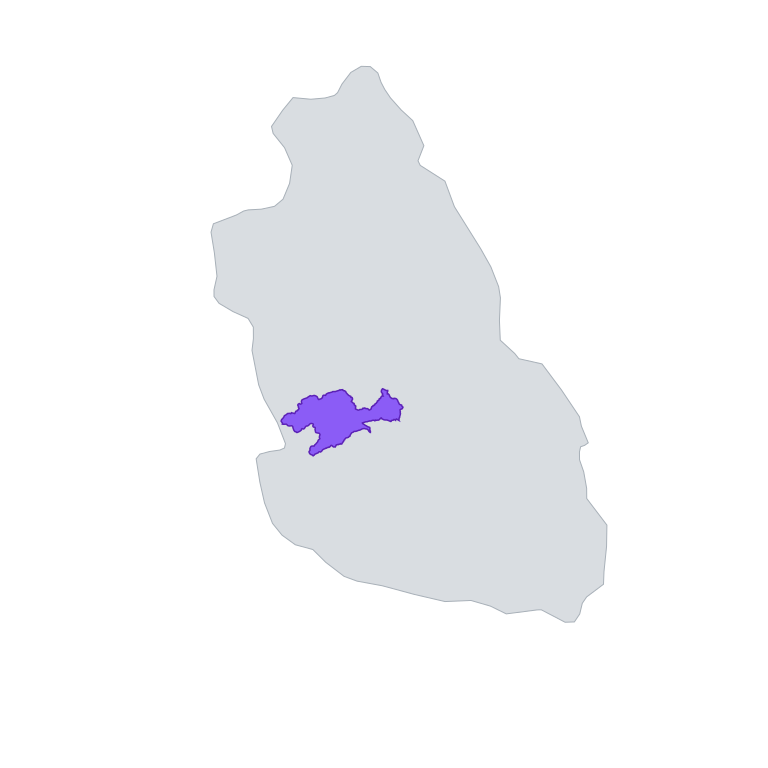 Sephu, Wangdi Phodrang, Bhutan (highlighted), rotated 244°
{"feature_id": "84629894B46369829894621", "entity_name": "Sephu", "entity_type": "district", "adm_level": 2, "iso_a3": "BTN", "parent_name": "Bhutan", "parent_adm1": "Wangdi Phodrang", "projection": "mercator", "projection_center": [90.34, 27.763], "detail": "fine", "context": "in_parent", "style": "filled", "palette": "violet", "viewbox_px": 768, "rotation_deg": 244, "n_neighbors": 0, "source": "geoboundaries", "source_scale": "gbopen_adm2", "svg_char_len": 7382}
<svg xmlns="http://www.w3.org/2000/svg" viewBox="0 0 768 768"><g transform="rotate(244 384 384)"><path d="M601.0,333.7L600.0,338.3L594.9,350.4L591.7,363.5L594.4,374.3L605.7,387.1L620.8,397.4L640.0,398.2L657.8,394.2L664.8,395.8L674.5,413.0L681.3,427.8L672.0,443.1L666.9,456.4L665.1,465.9L666.2,470.0L672.0,477.7L678.6,490.8L679.5,502.8L675.3,510.8L666.2,514.8L656.5,513.6L648.4,513.8L638.4,515.2L622.7,519.6L608.1,525.3L580.7,524.3L569.7,512.4L564.6,512.4L539.6,527.7L512.5,525.0L463.1,530.2L442.4,531.4L421.2,529.7L410.4,526.4L390.5,515.6L372.4,507.7L354.0,514.9L347.6,516.3L332.8,534.8L300.8,540.9L268.9,545.3L259.5,542.9L241.6,541.8L240.9,537.4L241.4,533.2L237.3,529.9L230.1,526.5L217.5,525.0L201.4,520.4L192.2,516.0L159.5,522.5L140.4,512.8L118.8,499.4L107.8,493.5L103.8,472.8L100.0,466.1L91.5,459.1L86.7,450.8L90.5,442.3L112.1,426.4L113.8,422.7L123.8,393.1L137.7,382.3L151.3,367.3L161.7,343.5L181.6,319.0L203.5,293.9L218.6,273.4L228.6,263.8L249.2,253.5L266.4,247.5L278.4,233.8L292.8,226.1L307.6,222.7L329.5,224.5L350.2,229.4L372.8,236.3L375.4,241.8L373.5,251.5L370.3,261.4L370.1,266.5L373.6,269.3L395.8,271.2L422.9,269.6L438.2,271.0L472.1,280.1L482.0,286.5L492.4,291.5L502.5,290.6L515.3,280.0L528.8,271.1L537.2,269.6L543.2,272.5L554.0,281.1L576.4,289.1L596.3,295.1L602.8,300.9L600.6,325.5L601.0,333.7Z" fill="#d9dde1" stroke="#a8b0b8" stroke-width="1"/><path d="M395.6,275.2L393.4,275.6L392.5,275.0L392.0,275.8L390.7,278.6L390.2,278.9L389.2,279.1L388.6,279.4L388.2,279.9L387.7,280.6L387.1,282.4L386.8,282.8L386.3,283.2L385.6,283.3L384.6,283.0L382.2,282.7L380.8,282.9L380.5,282.9L380.2,283.2L379.7,283.9L378.9,284.1L378.7,284.3L378.5,284.6L378.4,285.8L378.4,287.7L378.8,289.4L379.0,289.7L379.6,290.1L379.7,290.4L379.8,290.8L378.9,291.8L378.8,292.0L378.8,292.4L379.0,293.1L379.9,294.5L380.2,295.2L380.2,296.1L379.8,296.9L379.8,297.3L380.0,298.4L380.5,299.6L380.6,300.2L380.6,300.9L380.3,301.5L379.6,302.5L379.0,302.8L378.5,302.7L378.2,302.5L377.9,301.9L377.7,301.8L377.4,301.6L376.7,301.6L376.2,301.8L376.0,302.0L375.5,302.8L374.9,303.0L374.5,302.9L373.4,302.1L370.8,301.4L370.1,301.6L369.1,302.8L368.2,304.1L367.6,304.3L366.5,304.3L366.0,303.8L365.6,303.3L364.7,302.7L364.4,302.5L363.0,302.4L362.8,302.1L362.6,301.1L362.4,300.4L362.1,300.0L361.1,299.0L359.9,296.2L359.7,295.2L359.3,294.6L358.9,294.2L359.2,293.3L359.4,293.0L359.8,292.0L359.9,291.3L359.8,290.9L359.5,290.3L358.4,289.1L358.0,288.8L357.3,288.7L356.8,288.4L356.3,287.3L356.0,286.9L355.2,286.7L354.3,286.7L353.8,286.7L353.5,287.0L352.4,287.5L351.9,288.2L351.1,288.6L350.5,288.8L350.7,289.8L350.7,290.2L351.1,290.7L351.2,291.1L351.1,293.8L351.0,294.6L351.5,295.6L351.5,296.1L351.3,296.5L350.7,297.1L350.7,297.5L351.1,298.9L351.4,299.3L351.8,300.2L351.9,301.2L351.7,302.8L351.9,303.3L351.5,304.3L351.7,304.8L351.8,305.1L351.4,306.1L351.5,307.0L351.1,307.4L351.3,307.7L351.7,308.9L352.0,309.2L352.0,309.7L351.6,310.1L350.8,310.6L350.5,310.5L349.6,311.0L349.3,311.4L349.0,312.4L348.8,312.6L349.4,313.3L349.5,313.7L350.1,314.2L350.2,314.6L349.9,315.0L349.9,315.8L349.9,316.2L349.5,316.4L349.5,317.4L349.3,318.0L349.4,318.7L348.9,318.9L348.6,319.7L348.7,320.0L348.9,320.1L349.2,320.5L349.4,321.1L349.8,321.5L350.0,322.4L350.8,323.1L351.1,323.5L351.1,324.2L351.6,324.6L352.1,325.9L352.2,326.3L351.8,327.6L351.7,328.7L351.8,329.0L352.2,329.9L352.0,330.4L353.2,331.6L353.6,332.3L353.8,332.8L354.2,333.2L354.3,333.9L354.2,335.0L354.3,335.5L354.5,336.3L353.9,337.6L353.6,339.0L353.5,340.8L353.4,341.2L353.3,341.6L353.1,342.0L353.2,344.8L352.7,346.7L351.7,347.8L351.3,348.5L350.6,349.2L349.9,349.4L349.2,349.8L348.6,349.7L347.9,349.7L347.5,350.0L346.7,350.2L346.5,350.3L346.4,350.5L347.5,351.1L348.4,351.1L349.3,351.3L350.5,352.0L351.3,352.1L353.2,350.2L353.8,350.1L354.7,349.3L356.8,348.1L357.0,347.9L357.7,347.5L358.1,347.4L358.5,347.5L358.5,347.8L358.1,350.2L358.1,350.8L357.9,351.3L357.4,352.4L357.4,353.3L357.1,354.4L357.2,354.7L356.6,355.7L356.4,356.4L356.5,357.0L356.4,357.8L356.2,358.0L356.1,358.5L355.6,359.4L355.3,359.7L354.9,359.7L354.9,360.0L355.2,360.3L355.2,360.8L354.8,361.1L354.5,361.6L354.4,362.3L353.9,363.4L354.1,364.8L354.5,365.1L354.6,365.5L354.8,366.5L354.6,366.8L353.8,366.7L353.6,366.8L353.0,367.4L352.5,367.7L351.9,368.2L351.3,369.0L350.3,370.9L349.3,371.9L348.3,372.8L348.1,373.2L347.7,373.2L347.5,373.4L347.3,374.0L347.6,374.3L347.9,375.2L347.4,376.3L347.8,377.5L346.2,378.5L346.3,378.6L346.7,378.7L347.0,379.1L346.9,379.3L347.1,379.8L346.4,380.4L345.9,380.7L345.4,380.9L344.6,381.5L345.0,381.5L346.0,382.3L346.5,382.4L346.7,382.5L347.0,383.3L347.7,383.7L349.5,385.3L349.9,385.6L350.1,385.8L350.6,385.8L351.2,386.0L351.6,386.4L352.1,386.6L352.7,386.6L353.9,387.3L353.9,388.5L353.7,389.1L354.4,390.5L354.9,390.9L355.2,390.7L356.0,390.4L357.4,390.6L357.8,390.0L359.0,389.0L360.2,388.9L361.0,389.1L361.6,388.9L362.0,388.9L363.5,389.1L365.1,388.7L365.8,388.2L366.7,386.9L366.4,386.3L367.0,385.8L367.1,385.6L367.2,385.1L367.5,384.9L367.7,384.6L368.0,384.6L368.6,384.2L369.2,383.9L370.3,383.8L372.1,383.9L372.7,383.7L373.4,383.4L373.5,382.8L373.7,382.6L374.2,383.0L375.2,383.4L376.1,384.4L376.6,384.5L376.7,384.2L376.9,383.6L377.5,382.9L379.9,381.1L380.4,380.5L379.9,379.8L379.6,379.1L378.9,378.6L378.3,378.2L377.6,378.1L375.7,378.5L375.3,378.3L375.0,377.8L373.6,377.9L373.9,377.2L374.0,376.4L373.3,375.2L372.8,374.8L372.5,374.5L372.8,374.0L372.7,373.1L371.8,372.5L371.7,372.0L371.8,371.6L371.6,371.2L371.6,370.6L371.1,370.5L370.9,370.4L370.7,369.3L370.1,368.7L370.0,367.9L370.0,367.1L369.4,366.7L369.4,365.9L369.2,365.8L369.1,365.5L369.4,364.8L369.2,364.3L368.8,364.0L368.9,363.3L368.9,363.0L368.5,362.5L367.2,361.5L367.2,360.7L366.9,359.7L367.1,359.3L367.6,359.0L368.7,358.7L369.3,358.1L369.7,357.0L370.3,356.7L371.0,356.0L371.1,355.6L370.9,355.3L370.9,355.0L371.5,354.5L371.4,354.1L371.2,354.0L371.0,353.6L371.0,353.4L370.9,353.0L371.2,352.1L371.7,351.2L371.6,349.8L371.9,349.2L372.3,348.9L373.1,348.3L373.5,347.8L374.2,347.4L375.1,348.1L375.3,348.2L375.8,348.2L376.4,348.9L376.7,348.6L377.3,348.7L377.9,348.4L378.4,348.1L379.6,348.6L380.5,347.8L381.6,347.5L382.5,346.9L382.7,347.0L383.2,347.7L383.3,348.1L383.8,348.5L384.2,349.2L385.8,349.4L386.1,349.1L386.5,348.4L387.3,348.7L387.6,348.7L388.0,348.2L388.8,347.6L389.4,347.2L389.9,347.1L390.2,346.9L392.8,346.2L394.0,346.3L395.2,345.6L395.5,345.0L396.4,344.3L397.0,344.4L397.5,343.2L397.6,342.6L397.6,342.2L398.1,341.9L398.0,341.0L398.1,340.4L398.1,340.0L398.5,337.5L398.5,337.0L398.6,336.6L399.0,336.1L399.7,334.4L399.5,333.5L399.9,332.0L399.9,331.3L400.3,330.4L400.4,328.8L400.2,328.0L400.3,327.8L399.4,326.5L400.1,325.5L400.4,324.8L400.4,324.4L400.3,324.0L399.8,323.5L398.6,322.5L398.6,322.1L398.6,321.8L398.4,321.4L398.3,320.5L398.6,319.9L398.5,319.2L398.6,318.6L398.9,318.3L401.9,318.3L402.9,317.7L404.1,316.6L404.5,315.7L404.7,314.4L405.1,313.4L405.7,312.8L405.9,312.5L405.7,311.4L405.7,310.6L405.3,308.7L405.7,305.6L405.7,303.6L405.4,302.8L404.8,302.3L404.2,301.9L402.5,301.6L402.4,301.3L402.5,299.9L403.5,299.4L403.6,299.2L403.4,297.8L402.8,297.2L401.6,297.3L401.0,296.9L400.0,296.9L399.0,296.8L398.8,296.1L398.4,295.7L398.4,294.7L397.9,294.1L398.1,293.2L398.1,292.7L396.9,291.3L396.6,290.8L398.1,289.0L398.3,288.6L398.7,288.3L398.3,287.8L398.2,287.2L398.8,286.8L399.8,284.2L399.5,283.6L399.2,281.9L399.2,280.6L398.3,279.6L397.7,278.5L397.1,277.3L397.1,276.6L396.0,275.4L395.6,275.2Z" fill="#8b5cf6" stroke="#5b21b6" stroke-width="1.5"/></g></svg>